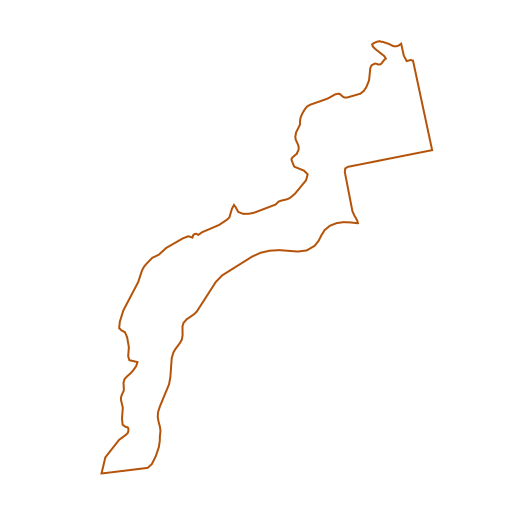 the Province of Zamboanga del Norte, rotated 349°
{"feature_id": "PHL-2520", "entity_name": "Zamboanga del Norte", "entity_type": "Province", "adm_level": 1, "iso_a3": "PHL", "parent_name": "Philippines", "parent_adm1": "", "projection": "mercator", "projection_center": [122.74, 7.933], "detail": "fine", "context": "isolated", "style": "outline", "palette": "amber", "viewbox_px": 512, "rotation_deg": 349, "n_neighbors": 0, "source": "natural_earth", "source_scale": "10m", "svg_char_len": 2423}
<svg xmlns="http://www.w3.org/2000/svg" viewBox="0 0 512 512"><g transform="rotate(349 256 256)"><path d="M62.9,439.9L69.7,424.9L86.6,410.3L94.4,406.6L96.3,405.3L97.2,403.7L97.8,401.6L97.4,399.7L95.4,398.9L92.9,396.2L93.4,390.1L96.3,379.6L96.0,372.0L96.3,369.6L97.5,367.1L100.5,362.9L101.0,360.8L101.7,355.2L103.4,351.8L106.4,349.6L110.5,347.2L113.3,345.1L117.4,341.2L119.4,337.5L111.8,334.1L111.4,330.0L113.8,321.3L114.0,311.2L112.8,305.8L109.8,303.4L107.9,300.7L109.8,294.5L115.4,284.1L135.4,259.1L141.3,248.5L144.1,245.1L146.8,242.9L153.6,238.1L160.8,236.2L169.5,230.9L187.7,224.7L193.4,223.7L197.1,225.8L198.1,223.8L199.8,222.7L201.7,222.8L203.4,224.3L207.5,222.4L225.6,218.5L234.5,214.8L237.2,213.1L241.4,205.0L244.1,201.7L245.3,204.1L247.0,209.4L251.5,212.2L257.2,213.2L262.7,213.1L285.2,209.2L288.3,207.0L290.9,206.5L296.4,206.3L299.0,205.9L301.4,205.0L306.3,202.2L319.7,191.1L322.3,185.6L319.3,181.3L310.7,175.7L310.2,174.1L309.3,169.0L309.3,167.6L310.5,166.3L314.8,163.8L315.7,163.5L316.1,162.4L317.2,161.2L318.2,159.5L318.7,157.0L318.4,154.3L317.2,149.4L317.3,146.6L318.9,142.4L324.2,135.5L325.2,131.2L326.3,128.4L328.9,124.7L332.0,121.2L334.8,118.9L338.3,117.8L356.6,115.1L364.7,112.4L368.5,112.5L369.5,113.3L371.8,116.4L373.3,117.4L375.7,117.8L389.4,116.6L393.5,114.4L396.5,111.3L400.1,105.8L400.8,104.2L404.1,93.2L405.9,90.8L409.5,89.8L410.8,90.3L412.0,91.0L413.4,91.6L415.1,91.5L416.2,90.7L419.0,88.2L421.1,87.0L420.1,84.3L412.6,75.6L410.7,72.8L410.3,70.5L411.9,69.6L415.2,68.8L418.4,68.7L419.8,69.7L421.2,69.9L427.1,73.3L430.8,76.2L433.3,76.9L436.0,76.7L439.0,75.3L439.3,87.5L441.1,93.4L445.3,93.1L446.7,94.0L447.4,94.2L449.1,185.7L363.2,186.0L360.3,187.1L359.2,190.5L359.2,230.5L360.4,235.6L361.2,237.6L361.8,239.5L362.2,241.4L362.3,243.3L362.2,243.3L355.3,241.1L348.5,239.5L341.5,239.1L334.3,240.4L328.2,243.7L328.2,243.8L324.1,248.2L320.4,253.0L315.5,257.2L306.8,260.2L299.4,259.7L297.8,259.6L280.1,254.7L270.4,253.4L261.2,253.7L252.2,255.8L219.2,268.5L216.5,270.4L211.6,273.8L187.6,298.9L187.6,299.0L184.0,301.4L175.8,304.9L175.8,305.0L172.2,307.7L170.4,311.1L168.8,319.9L167.2,324.0L164.7,326.9L159.1,332.0L156.6,334.8L153.8,340.1L148.9,358.3L146.2,365.3L132.9,385.4L130.1,390.5L128.9,394.9L128.7,399.5L129.1,405.4L128.9,409.3L127.1,415.2L126.4,418.7L124.2,425.0L119.5,433.3L114.0,440.4L113.7,440.6L109.2,443.3L63.9,440.1L63.0,439.9L62.9,439.9Z" fill="none" stroke="#b45309" stroke-width="2"/></g></svg>